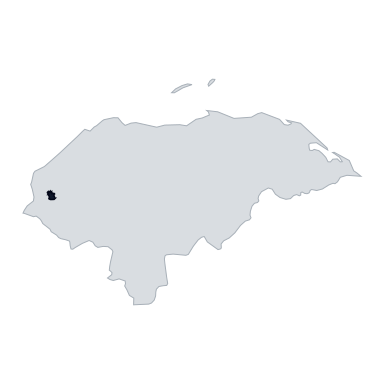 Cucuyagua, Copán, Honduras (highlighted)
{"feature_id": "27666195B10036969380413", "entity_name": "Cucuyagua", "entity_type": "district", "adm_level": 2, "iso_a3": "HND", "parent_name": "Honduras", "parent_adm1": "Copán", "projection": "natural_earth1", "projection_center": [-88.859, 14.693], "detail": "fine", "context": "in_parent", "style": "filled", "palette": "ink", "viewbox_px": 384, "rotation_deg": 0, "n_neighbors": 0, "source": "geoboundaries", "source_scale": "gbopen_adm2", "svg_char_len": 4083}
<svg xmlns="http://www.w3.org/2000/svg" viewBox="0 0 384 384"><path d="M361.0,176.3L346.9,175.3L340.3,177.3L337.5,181.8L335.0,183.7L332.9,183.3L328.7,185.0L322.4,189.0L316.7,190.5L311.6,189.5L310.1,190.5L309.7,191.8L308.9,193.0L307.0,193.7L304.7,193.4L302.1,192.0L300.8,192.6L300.7,195.1L299.3,195.8L296.7,194.6L293.7,195.5L290.5,198.6L285.9,199.3L280.0,197.5L275.4,194.2L272.2,189.2L268.3,188.0L261.5,191.7L258.7,195.9L258.1,198.5L258.8,200.9L257.5,202.5L254.4,203.3L252.0,206.2L250.4,211.2L250.0,215.1L251.0,217.8L249.5,219.8L245.3,221.1L240.5,225.4L234.9,232.8L229.3,237.9L223.7,240.8L221.1,244.0L221.3,247.6L220.9,248.7L219.9,249.1L218.0,249.6L207.3,241.9L204.2,236.5L201.5,237.3L198.1,240.0L193.4,246.1L188.3,254.4L185.9,255.3L173.1,254.1L166.4,254.8L165.0,255.9L164.4,258.9L164.8,263.0L166.7,277.5L167.7,283.5L166.7,285.4L163.3,285.7L158.9,286.5L156.4,289.2L155.8,292.1L155.6,296.0L154.2,300.1L151.5,303.0L148.8,304.1L133.6,304.8L133.8,298.1L129.4,295.4L126.9,289.8L124.7,286.0L125.5,283.7L125.2,281.0L119.1,278.9L113.3,280.5L109.9,279.5L107.5,278.0L111.7,274.7L112.0,272.7L110.6,271.2L109.3,270.2L109.7,266.5L110.5,262.0L112.9,251.7L112.0,249.8L108.1,246.7L103.2,246.4L97.8,247.4L95.2,245.8L92.9,242.2L89.1,240.5L82.3,243.4L75.1,247.6L72.8,249.2L71.0,249.0L70.2,245.8L69.8,242.0L69.4,241.0L65.5,239.7L61.0,238.7L58.7,237.6L56.6,235.1L51.2,231.7L50.0,229.2L42.8,223.6L41.3,220.7L39.7,218.7L36.2,216.1L33.5,216.7L24.4,213.4L23.0,213.1L24.3,210.3L27.2,205.9L33.4,201.0L34.0,197.0L32.3,189.3L30.7,184.4L31.6,182.2L33.5,173.3L35.0,171.2L44.1,166.7L44.9,166.1L52.1,159.8L60.0,152.8L68.2,145.1L77.4,136.5L82.4,131.5L84.8,129.3L90.1,131.1L94.2,127.0L96.6,125.7L102.3,120.8L104.0,119.7L113.4,117.7L118.0,117.8L122.0,122.7L125.1,125.4L131.1,123.1L136.0,122.6L156.7,127.2L164.8,125.1L179.8,124.7L186.6,125.8L196.1,119.3L202.2,118.0L209.4,115.0L208.4,111.9L206.7,110.5L217.7,111.8L234.0,118.4L251.4,117.2L257.7,113.7L261.7,112.6L279.6,119.4L284.3,124.6L288.0,125.2L290.8,124.0L291.6,122.9L288.1,121.8L286.5,120.1L300.5,123.3L327.1,148.0L327.7,150.0L316.4,142.7L310.4,143.2L308.8,144.4L309.2,148.4L309.8,150.3L312.3,150.5L314.2,149.4L318.9,150.7L322.0,153.3L325.8,157.4L328.0,161.8L330.5,161.9L332.8,159.2L337.3,158.9L340.3,161.9L342.3,161.7L339.4,157.1L332.6,152.5L334.2,152.3L349.3,160.5L353.7,170.8L357.2,173.2L361.0,176.3ZM183.0,87.8L174.3,92.8L171.6,92.7L175.6,88.9L182.0,85.6L187.5,83.9L192.0,84.6L183.0,87.8ZM212.8,82.5L208.7,86.2L208.0,84.5L209.9,81.1L212.4,79.2L214.9,79.4L214.3,80.8L212.8,82.5Z" fill="#d9dde1" stroke="#a8b0b8" stroke-width="1"/><path d="M48.5,191.5L48.4,191.6L48.2,191.6L48.1,191.8L47.9,191.9L47.8,192.0L47.7,192.0L47.4,192.4L47.4,192.5L47.5,192.5L47.8,192.6L48.0,192.7L48.1,192.8L48.2,193.0L48.3,193.3L48.3,193.5L48.2,193.5L48.2,193.4L48.1,193.2L47.9,193.1L47.8,193.3L47.9,193.5L48.0,193.7L48.0,193.8L48.1,193.7L48.3,193.7L48.3,193.8L48.5,194.0L48.4,194.1L48.2,194.4L48.1,194.5L48.3,194.5L48.5,194.5L48.8,194.7L48.8,194.8L48.9,195.0L48.7,195.4L48.7,195.5L48.8,195.6L48.9,195.8L49.0,195.8L49.1,196.0L49.3,196.2L49.3,196.3L49.3,196.5L49.2,196.7L49.2,196.8L49.3,197.0L49.2,197.2L49.2,197.3L49.2,197.5L49.1,197.9L49.1,198.0L49.3,198.1L49.5,198.2L49.5,198.3L49.5,198.5L49.4,198.5L49.2,198.4L49.2,198.5L48.9,198.6L48.9,198.8L49.0,198.9L49.2,199.0L50.3,199.5L52.2,199.5L54.1,199.4L55.3,198.2L55.0,198.2L54.6,197.2L54.0,195.7L53.9,195.7L54.0,195.5L54.0,195.4L54.0,195.2L53.9,194.9L53.9,194.7L54.0,194.6L54.0,194.4L54.0,194.2L54.3,194.0L54.5,194.0L54.5,193.9L54.4,193.8L54.4,193.7L54.2,193.7L53.9,193.7L53.7,193.5L53.7,193.4L53.4,193.4L53.2,193.4L52.9,193.3L52.7,193.4L52.6,193.2L52.4,193.2L52.3,193.3L52.3,193.2L52.2,193.1L52.1,192.9L51.9,192.9L51.7,192.8L51.7,192.7L51.6,192.3L51.6,192.2L51.6,191.9L51.5,192.0L51.4,192.0L51.2,192.0L51.2,191.9L50.9,191.7L50.8,191.8L50.7,191.9L50.7,191.7L50.8,191.6L50.7,191.6L50.4,191.6L50.5,191.6L50.5,191.4L50.4,191.4L50.3,191.5L50.2,191.6L50.2,191.4L50.1,191.5L49.9,191.5L49.9,191.4L49.7,191.4L49.4,191.5L49.1,191.5L48.9,191.5L48.8,191.8L48.7,191.8L48.6,191.7L48.5,191.5Z" fill="#0f172a" stroke="#020617" stroke-width="1.5"/></svg>